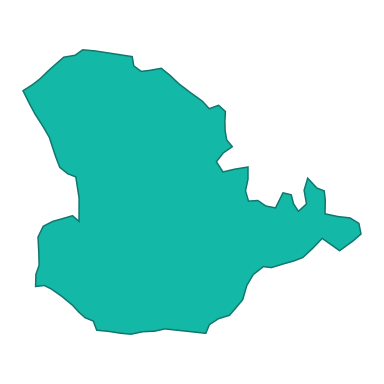 the district of Santiago do Sul, Santa Catarina, Brazil
{"feature_id": "56859067B60132892344314", "entity_name": "Santiago do Sul", "entity_type": "district", "adm_level": 2, "iso_a3": "BRA", "parent_name": "Brazil", "parent_adm1": "Santa Catarina", "projection": "natural_earth1", "projection_center": [-52.689, -26.628], "detail": "fine", "context": "isolated", "style": "filled", "palette": "teal", "viewbox_px": 384, "rotation_deg": 0, "n_neighbors": 0, "source": "geoboundaries", "source_scale": "gbopen_adm2", "svg_char_len": 1325}
<svg xmlns="http://www.w3.org/2000/svg" viewBox="0 0 384 384"><path d="M132.2,56.6L94.8,50.9L82.7,49.8L75.0,55.3L63.7,57.2L54.9,64.9L48.3,70.8L39.8,79.0L32.3,84.8L23.0,90.7L29.5,103.8L35.1,114.2L42.8,126.1L49.3,137.3L52.7,147.7L55.7,156.8L59.8,167.4L67.8,173.8L75.8,176.9L79.1,198.1L79.0,221.4L72.5,215.7L63.0,218.5L52.7,221.4L43.2,226.3L38.0,237.1L38.8,252.6L39.1,265.3L35.9,274.4L35.6,286.5L44.4,285.5L51.3,289.0L61.7,296.3L72.7,305.4L79.1,312.4L85.1,317.7L93.3,321.1L96.7,330.2L108.8,331.4L121.1,333.3L131.1,334.2L142.8,331.7L154.4,331.2L164.9,328.9L205.8,333.3L209.4,324.6L218.5,318.7L229.5,315.3L236.2,307.5L242.7,299.7L246.8,285.5L253.2,274.6L263.4,266.6L271.4,267.6L282.7,264.1L294.0,260.9L302.8,257.5L312.4,248.6L322.2,238.4L339.6,250.7L346.3,245.8L353.1,240.9L361.0,234.0L358.9,223.4L350.0,217.9L338.2,216.6L325.0,213.8L325.3,200.0L324.2,190.9L316.8,188.0L307.7,178.2L304.1,190.3L306.5,203.9L298.4,211.3L293.6,203.9L291.2,194.8L283.0,192.8L275.5,207.9L265.8,206.0L257.8,200.5L248.5,201.1L245.5,190.9L248.0,179.1L248.0,167.0L235.1,169.1L222.9,171.9L216.4,161.7L223.4,152.8L232.3,146.7L226.7,139.9L225.1,130.6L224.9,121.0L225.4,111.5L218.6,105.3L209.2,108.7L202.5,101.3L190.7,92.8L179.0,83.9L169.8,75.2L161.3,68.3L149.5,70.4L141.2,71.4L133.8,65.9L132.2,56.6Z" fill="#14b8a6" stroke="#0f766e" stroke-width="1.5"/></svg>